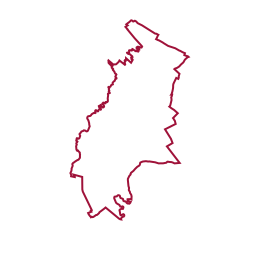 Gohor, Galati, Romania, rotated 36°
{"feature_id": "2599482B74924785680868", "entity_name": "Gohor", "entity_type": "district", "adm_level": 2, "iso_a3": "ROU", "parent_name": "Romania", "parent_adm1": "Galati", "projection": "natural_earth1", "projection_center": [27.4, 46.03], "detail": "fine", "context": "isolated", "style": "outline", "palette": "rose", "viewbox_px": 256, "rotation_deg": 36, "n_neighbors": 0, "source": "geoboundaries", "source_scale": "gbopen_adm2", "svg_char_len": 5672}
<svg xmlns="http://www.w3.org/2000/svg" viewBox="0 0 256 256"><g transform="rotate(36 128 128)"><path d="M150.5,222.0L150.8,221.1L151.6,221.0L152.1,220.5L152.6,219.4L153.3,217.2L153.9,216.7L154.2,215.8L154.6,213.9L154.4,213.0L156.1,207.5L156.6,205.5L174.2,206.6L175.4,206.4L176.2,206.0L175.7,205.7L175.5,204.8L175.9,203.0L176.6,202.2L176.6,201.2L175.8,200.4L174.8,200.5L174.3,201.4L173.9,202.6L173.3,202.9L172.2,202.2L171.0,200.9L169.5,199.6L169.3,199.0L170.3,197.0L171.4,196.5L171.1,195.1L170.4,194.5L169.4,194.8L169.1,195.5L168.0,196.1L166.2,195.3L163.6,195.6L162.3,195.5L158.5,193.2L157.9,192.7L157.5,191.5L159.1,189.9L159.3,188.5L160.0,187.8L161.0,187.6L161.5,187.8L162.1,188.4L163.1,189.0L165.2,188.4L165.7,188.4L167.1,189.6L168.1,189.5L168.7,189.0L170.0,188.9L170.6,189.3L171.9,189.4L173.6,188.4L173.8,187.2L173.5,186.0L171.2,187.3L170.2,186.8L169.9,186.5L169.5,185.9L170.0,185.4L170.6,185.4L171.1,184.6L172.3,183.5L172.6,183.5L171.1,181.2L169.8,180.1L167.7,179.3L167.1,178.6L166.6,178.3L165.5,178.0L165.0,177.5L164.1,175.9L162.5,174.7L158.5,170.2L157.8,169.2L157.2,165.8L157.4,164.7L157.4,164.0L157.0,163.6L156.8,162.4L157.6,159.5L157.8,156.9L158.3,154.0L159.2,151.7L159.2,151.1L159.1,150.6L158.7,149.8L158.3,148.8L158.8,147.8L159.7,146.4L162.0,144.3L164.0,143.3L164.9,142.5L170.1,139.8L173.6,138.6L177.2,135.9L178.9,134.1L179.3,133.7L179.5,133.1L179.6,132.3L180.0,131.8L181.0,131.4L183.3,130.0L184.6,129.6L186.4,129.3L190.3,125.9L170.3,120.0L172.9,114.0L169.1,111.5L158.7,107.3L164.2,96.7L161.6,94.6L160.8,94.3L160.2,94.2L159.7,93.8L158.6,93.5L159.6,86.8L154.7,86.3L151.5,86.5L148.9,86.4L149.0,86.0L148.8,84.6L146.8,79.8L145.7,78.5L145.0,77.9L144.7,76.5L144.1,75.1L143.4,75.6L143.4,75.2L142.5,72.5L141.6,70.5L140.8,68.9L139.3,66.7L138.8,65.6L138.5,64.1L137.6,59.1L139.8,58.7L139.5,57.5L138.6,56.3L137.8,53.9L130.9,53.1L131.1,52.3L132.3,50.6L133.1,48.6L133.3,47.8L133.5,45.6L133.7,44.8L133.8,44.2L134.1,43.1L134.2,42.0L133.9,39.8L133.9,39.0L134.6,35.8L135.2,34.9L134.3,34.8L132.4,35.5L130.7,35.9L130.1,34.0L127.6,34.6L124.9,34.9L124.1,35.2L119.4,35.7L112.2,38.0L106.9,38.4L105.8,38.4L101.7,38.9L100.3,39.3L98.5,39.6L98.4,38.4L97.8,35.6L97.8,34.8L95.7,35.0L94.4,35.7L78.9,36.7L76.1,37.2L74.1,37.5L72.1,37.0L70.5,37.2L70.1,38.1L69.6,38.8L68.6,38.6L67.3,39.0L66.7,41.8L66.2,43.3L65.7,45.1L67.4,45.2L67.2,45.6L66.5,47.7L69.6,48.4L69.6,48.6L80.8,51.5L91.0,53.6L91.3,53.7L91.2,54.0L91.7,54.7L91.5,55.1L91.3,55.3L89.0,56.0L88.2,56.4L87.9,56.8L87.6,57.7L87.8,58.2L88.4,58.6L90.2,57.5L90.8,57.6L91.0,57.9L90.1,58.4L90.0,58.8L90.3,59.2L91.4,59.8L91.4,60.1L90.3,60.6L89.3,60.6L89.1,60.8L89.1,61.3L88.7,61.5L88.1,61.2L86.8,61.5L85.4,61.4L85.1,61.5L85.2,62.0L85.6,62.6L85.6,63.0L85.3,63.3L84.6,63.4L83.4,64.3L83.3,64.5L83.4,64.9L84.3,65.7L84.4,66.1L84.3,66.5L83.7,67.1L83.2,67.3L83.0,67.6L83.4,67.9L84.4,67.9L84.9,67.8L85.1,67.5L85.6,67.2L89.3,67.5L89.8,67.9L89.1,68.6L89.1,69.1L89.7,69.6L90.7,69.6L90.9,70.1L90.7,70.4L91.5,70.8L91.8,70.6L92.1,73.4L85.4,72.7L85.9,73.4L86.4,73.5L86.8,73.7L86.4,74.0L86.0,74.0L85.6,75.0L85.7,75.5L86.1,75.8L86.7,75.8L86.7,77.0L88.3,78.1L88.4,78.4L88.3,78.7L81.4,78.4L81.6,79.9L81.0,83.2L80.8,83.6L79.3,84.8L79.0,85.3L72.5,84.8L72.6,85.2L73.2,85.5L73.8,86.5L74.2,86.8L74.9,86.9L75.3,86.6L75.6,87.1L75.9,87.2L77.4,87.0L77.5,87.0L77.6,87.4L77.9,87.5L78.1,87.4L78.7,86.8L78.9,86.8L79.0,87.1L78.9,88.0L79.4,88.8L79.8,88.9L80.9,88.8L81.3,89.0L81.2,89.4L81.3,89.7L81.6,89.9L83.9,90.4L84.6,91.0L85.6,91.5L86.3,91.3L87.2,91.6L87.5,93.8L87.9,94.1L88.7,94.1L89.4,94.4L89.6,94.8L89.5,95.1L88.9,95.6L89.5,97.6L89.5,98.0L89.1,98.6L89.0,100.2L89.1,100.7L90.1,101.6L89.3,102.9L89.2,103.5L89.5,104.6L89.2,105.3L89.2,106.0L88.9,106.2L88.2,106.2L88.1,106.5L88.4,106.8L89.6,107.3L89.9,108.2L90.8,108.7L90.7,109.2L90.9,109.7L92.1,110.0L92.6,110.3L92.7,110.5L91.7,111.6L91.6,111.9L91.8,112.4L92.5,112.9L92.7,113.2L94.2,116.0L95.2,117.1L96.0,118.3L96.0,119.0L95.8,119.5L95.6,119.7L95.1,119.7L94.7,120.1L94.8,120.4L95.0,120.7L95.2,121.3L94.8,121.6L94.4,121.5L93.1,122.0L92.9,123.3L93.6,123.7L94.5,123.7L95.4,124.1L96.1,124.8L96.1,125.2L96.0,125.7L95.6,126.2L94.8,126.0L93.6,126.2L93.4,126.2L92.6,125.4L92.3,125.4L92.2,125.6L92.3,126.1L92.4,126.3L93.0,126.6L93.1,126.9L92.7,127.4L92.4,127.4L91.9,127.2L91.6,127.2L91.5,127.4L91.9,127.8L92.6,128.2L94.4,128.1L95.2,128.8L95.2,129.2L95.1,129.3L94.6,129.2L93.9,129.3L93.7,129.5L93.8,130.0L93.6,131.0L94.0,131.9L93.9,132.2L93.6,132.4L91.9,132.3L91.4,132.6L91.3,133.0L91.4,133.4L91.9,134.1L92.7,134.6L92.8,134.7L92.6,135.3L91.6,135.8L91.4,136.1L90.7,137.7L90.5,138.5L90.6,139.6L90.3,140.5L88.9,141.9L88.7,142.5L88.8,143.0L89.0,143.7L89.5,144.3L91.4,145.1L92.2,145.7L93.6,146.8L94.9,148.3L96.0,149.1L97.1,153.5L97.1,154.1L97.0,154.5L96.3,155.2L95.1,155.2L93.7,155.8L93.5,156.2L93.5,156.6L92.4,158.2L92.4,158.7L92.5,159.8L92.3,160.8L92.3,161.3L92.7,161.8L93.5,162.1L93.9,162.4L94.1,162.9L94.6,164.6L94.6,165.1L94.3,165.7L93.2,166.0L92.6,166.4L92.7,166.8L93.3,167.5L93.3,168.3L93.6,168.6L93.9,168.8L94.7,168.6L95.1,168.7L95.2,169.3L95.0,169.8L95.2,170.8L95.5,171.2L96.2,171.4L96.4,171.9L96.7,173.2L98.9,175.7L99.4,176.0L100.1,176.3L100.4,176.2L100.3,175.7L100.9,175.6L101.4,175.9L103.4,176.2L104.0,177.0L104.7,177.5L105.0,178.2L105.6,178.8L106.1,179.7L106.6,180.3L106.6,182.4L106.5,182.9L106.0,183.5L104.9,186.3L104.6,187.5L104.2,188.3L104.1,189.7L104.4,190.2L105.1,190.6L105.6,191.5L106.2,194.0L107.0,195.1L107.4,196.0L107.8,197.5L107.9,198.3L110.1,199.7L110.3,200.4L109.5,200.9L113.8,199.0L113.1,198.1L112.7,198.3L111.4,197.7L119.7,194.5L127.2,204.6L128.8,206.0L146.9,215.7L146.5,216.4L146.5,217.0L147.6,217.3L145.7,220.2L146.9,220.9L149.0,221.6L149.5,221.6L150.5,222.0Z" fill="none" stroke="#9f1239" stroke-width="2"/></g></svg>